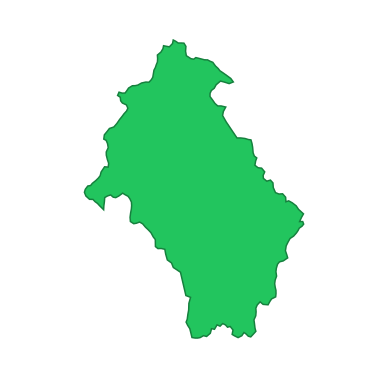 the district of Amparo, São Paulo, Brazil, rotated 350°
{"feature_id": "56859067B40101041849394", "entity_name": "Amparo", "entity_type": "district", "adm_level": 2, "iso_a3": "BRA", "parent_name": "Brazil", "parent_adm1": "São Paulo", "projection": "robinson", "projection_center": [-46.803, -22.697], "detail": "fine", "context": "isolated", "style": "filled", "palette": "green", "viewbox_px": 384, "rotation_deg": 350, "n_neighbors": 0, "source": "geoboundaries", "source_scale": "gbopen_adm2", "svg_char_len": 3098}
<svg xmlns="http://www.w3.org/2000/svg" viewBox="0 0 384 384"><g transform="rotate(350 192 192)"><path d="M259.1,150.9L256.6,150.1L253.5,148.5L249.6,147.3L245.7,146.6L237.8,128.8L235.4,122.0L236.9,118.1L240.0,114.2L235.6,112.3L232.3,111.7L230.0,108.8L228.3,105.1L226.3,101.1L226.9,98.0L228.7,95.4L231.9,93.7L234.4,90.6L239.3,87.7L243.2,89.5L247.4,91.7L251.8,90.8L249.9,86.9L243.4,80.2L240.5,77.4L239.2,74.9L237.0,72.0L235.0,67.9L232.3,66.2L230.3,64.6L227.3,64.0L224.7,62.8L221.6,61.4L219.1,60.3L216.7,61.5L214.1,60.5L210.1,56.8L210.1,52.3L211.3,47.5L209.9,44.0L206.8,43.3L204.3,42.9L202.0,40.6L199.9,39.1L198.6,42.4L194.9,45.1L191.9,44.0L189.4,43.0L188.3,45.8L185.7,48.8L181.7,51.1L181.3,54.7L180.5,58.0L178.9,60.5L177.5,63.1L175.7,65.4L173.3,72.2L171.5,74.3L168.7,76.4L165.5,75.7L161.2,75.9L157.2,77.3L154.5,77.4L151.7,77.0L147.6,78.6L145.2,81.1L143.3,82.9L140.4,82.5L137.5,81.0L135.5,84.0L137.8,86.2L137.6,89.8L138.9,92.3L142.5,94.8L143.4,98.3L141.6,100.9L138.7,103.1L136.3,105.4L133.3,108.0L129.9,111.5L126.3,114.4L121.7,115.1L119.2,117.4L115.6,120.5L114.3,124.6L116.4,126.2L117.2,129.6L117.2,133.8L114.5,137.7L114.0,140.9L114.3,145.3L114.9,149.2L113.8,152.9L110.3,152.0L107.7,154.7L105.9,156.6L104.4,160.0L102.2,162.0L99.3,164.0L95.3,166.2L93.3,168.0L90.4,168.0L87.4,170.8L86.0,173.6L86.8,177.5L89.8,181.4L93.2,182.1L94.8,184.6L96.9,186.8L98.7,189.6L101.9,194.1L102.8,190.3L104.0,186.5L105.1,182.3L108.2,181.2L111.4,180.8L113.5,183.4L115.9,184.3L119.3,183.2L123.5,181.1L125.6,183.0L128.3,185.1L129.6,187.8L130.6,191.4L130.2,194.9L129.3,198.3L127.9,202.0L126.6,206.2L126.2,210.4L129.1,213.1L131.8,213.1L135.2,212.5L137.9,214.8L140.1,218.6L142.2,221.4L144.5,224.9L146.1,229.6L147.6,232.4L146.5,239.4L148.6,241.8L151.9,242.3L155.3,243.7L155.3,248.5L155.9,254.6L159.5,258.3L160.5,263.1L166.7,269.0L168.0,292.9L172.3,295.5L169.6,301.1L168.2,307.7L166.6,312.0L165.2,316.5L163.6,319.1L164.6,322.6L166.1,326.2L166.4,330.4L166.7,335.3L169.5,336.3L172.2,336.8L174.7,336.8L178.4,335.5L181.3,336.8L185.5,334.3L187.5,330.0L190.3,331.1L193.6,327.2L196.3,329.0L199.4,326.9L201.9,328.7L203.5,331.3L206.3,331.1L208.4,335.0L206.8,339.2L208.7,340.9L212.1,343.4L216.1,342.2L218.8,339.4L220.6,341.2L222.4,343.8L224.7,344.9L227.9,342.5L230.7,340.3L230.4,337.1L230.7,331.8L230.8,328.7L233.3,325.0L234.3,321.2L234.7,317.5L236.6,314.6L240.0,312.0L242.5,315.0L247.3,316.3L249.7,313.3L251.8,311.1L256.2,309.8L257.1,306.6L257.6,303.3L257.4,300.3L257.5,296.7L258.6,293.2L260.7,289.5L260.8,285.1L261.8,281.8L263.7,278.0L266.0,276.0L269.9,275.7L274.8,273.5L274.4,270.0L273.8,266.1L275.4,261.4L277.8,258.1L280.5,254.8L284.4,253.1L287.9,250.3L289.7,248.4L291.4,246.2L294.4,244.8L296.4,243.0L295.9,240.3L292.8,239.8L295.6,235.8L298.0,232.9L296.3,230.7L293.9,227.6L292.2,223.7L288.8,220.0L285.7,217.5L282.8,217.9L283.3,213.4L280.9,209.5L277.3,209.1L274.1,207.1L272.8,201.7L273.3,197.1L271.3,193.9L267.5,194.3L264.7,191.0L264.9,188.1L267.1,184.8L264.7,180.6L261.3,179.6L258.6,176.6L260.1,172.4L261.7,169.7L259.6,167.4L259.0,164.0L259.5,158.3L259.5,154.6L259.1,150.9Z" fill="#22c55e" stroke="#15803d" stroke-width="1.5"/></g></svg>